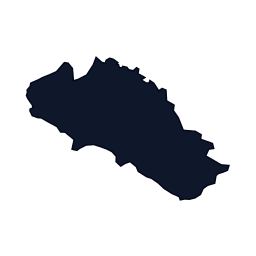 the district of Ammadies, Nicosia, Cyprus, rotated 131°
{"feature_id": "46923920B28653091355318", "entity_name": "Ammadies", "entity_type": "district", "adm_level": 2, "iso_a3": "CYP", "parent_name": "Cyprus", "parent_adm1": "Nicosia", "projection": "mercator", "projection_center": [32.711, 35.166], "detail": "fine", "context": "isolated", "style": "filled", "palette": "ink", "viewbox_px": 256, "rotation_deg": 131, "n_neighbors": 0, "source": "geoboundaries", "source_scale": "gbopen_adm2", "svg_char_len": 1413}
<svg xmlns="http://www.w3.org/2000/svg" viewBox="0 0 256 256"><g transform="rotate(131 128 128)"><path d="M74.5,124.2L75.8,128.2L79.8,129.2L77.3,137.9L77.8,142.6L80.2,141.6L82.2,143.9L83.0,149.6L78.8,148.4L80.5,156.1L76.5,158.6L76.9,161.1L81.4,161.6L82.4,163.5L83.4,165.4L83.3,167.3L82.9,168.6L84.9,172.4L85.9,172.0L88.0,173.6L87.4,175.6L86.5,176.6L87.4,178.4L85.3,178.5L85.8,184.2L87.3,187.5L91.0,188.9L94.3,187.8L95.7,191.0L95.6,198.4L103.1,195.6L115.1,193.9L124.3,197.6L128.2,200.2L119.5,209.1L118.4,215.8L120.4,218.9L132.4,218.9L139.8,222.3L141.8,223.4L146.6,225.8L149.9,227.0L158.0,230.8L160.8,229.1L165.4,229.1L167.3,227.1L170.0,226.0L171.3,223.4L172.4,219.5L173.3,215.4L175.2,213.0L178.0,214.3L179.4,213.2L181.5,208.4L179.4,203.0L177.2,200.1L175.9,193.2L174.8,188.4L173.5,182.5L175.2,176.2L172.4,172.8L172.1,161.0L180.7,156.3L178.4,151.9L175.3,151.3L168.4,148.5L162.9,143.0L160.0,136.3L157.7,130.2L156.3,124.7L157.1,118.1L161.2,114.9L161.5,108.5L156.8,107.1L152.0,104.5L151.7,96.4L154.0,91.8L152.5,81.9L150.5,77.3L149.6,68.9L149.9,61.1L148.5,51.8L146.2,44.3L147.9,41.4L144.5,38.8L141.3,34.8L136.7,31.6L130.6,29.8L124.3,31.6L119.1,30.4L112.8,26.4L106.2,30.4L103.3,30.1L99.2,27.5L94.6,25.2L90.1,27.2L94.7,33.5L98.1,51.1L91.0,53.2L87.2,49.9L84.3,54.1L88.9,65.8L85.1,68.4L86.4,75.1L93.5,84.8L87.2,96.9L85.1,105.3L80.5,108.3L82.2,116.7L74.5,124.2Z" fill="#0f172a" stroke="#020617" stroke-width="1.5"/></g></svg>